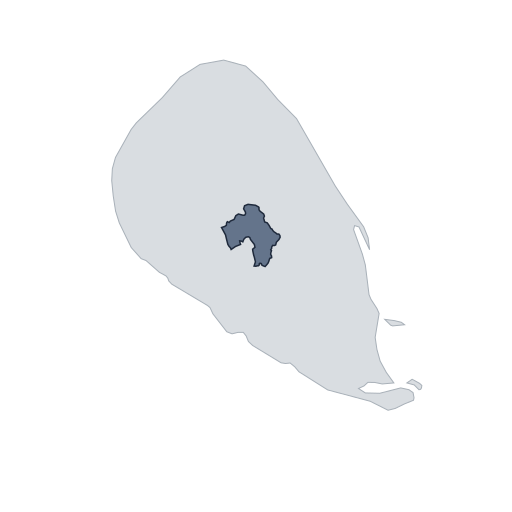 Sri Lanka, with Mātale highlighted, rotated 155°
{"feature_id": "LKA-2449", "entity_name": "Mātale", "entity_type": "District", "adm_level": 1, "iso_a3": "LKA", "parent_name": "Sri Lanka", "parent_adm1": "", "projection": "albers", "projection_center": [80.718, 7.7], "detail": "fine", "context": "in_parent", "style": "filled", "palette": "slate", "viewbox_px": 512, "rotation_deg": 155, "n_neighbors": 0, "source": "natural_earth", "source_scale": "10m", "svg_char_len": 2571}
<svg xmlns="http://www.w3.org/2000/svg" viewBox="0 0 512 512"><g transform="rotate(155 256 256)"><path d="M174.2,58.7L183.9,59.2L194.2,59.0L201.5,60.4L213.9,76.1L247.6,104.3L266.0,132.9L267.7,139.2L270.3,144.6L274.7,146.1L278.4,148.6L296.8,176.2L299.0,181.7L298.7,187.7L299.8,192.2L304.6,194.4L310.6,195.6L314.5,199.7L319.5,221.8L319.5,228.7L320.9,231.7L344.2,266.0L345.6,270.2L345.3,273.3L346.0,276.0L350.5,282.1L357.6,298.4L361.2,302.1L365.5,316.4L365.9,343.8L364.3,356.0L360.0,370.8L354.9,385.3L349.3,395.8L341.7,404.7L315.6,423.5L308.1,427.3L274.1,439.1L249.0,450.3L225.7,453.3L202.5,447.2L185.1,432.5L176.1,410.9L170.1,388.4L161.2,363.4L154.6,286.1L151.4,264.6L146.1,237.0L146.7,225.1L150.4,213.7L150.4,238.8L153.8,241.9L156.4,238.7L158.8,212.7L160.7,201.7L169.9,173.2L170.1,168.1L168.6,157.3L168.7,151.9L182.4,131.9L185.9,120.2L187.9,108.3L187.1,95.4L184.7,82.7L195.7,86.7L201.8,91.2L208.0,94.2L213.0,92.6L219.1,92.6L214.8,85.7L201.9,79.3L180.6,75.3L173.9,70.2L171.4,65.8L172.7,60.7L174.2,58.7ZM163.2,136.4L166.1,144.2L157.8,138.9L152.3,134.5L150.4,130.9L161.7,134.9L163.2,136.4ZM172.9,77.2L166.6,78.3L161.6,71.5L160.4,68.6L161.7,66.6L163.1,65.6L164.8,65.9L167.1,72.3L172.9,77.2Z" fill="#d9dde1" stroke="#a8b0b8" stroke-width="1"/><path d="M252.2,242.6L253.1,243.5L254.5,245.1L254.4,246.9L255.0,247.5L255.8,247.8L256.5,247.4L256.5,246.7L257.8,246.1L258.9,246.5L260.5,246.8L262.0,247.7L259.0,250.9L258.0,255.7L257.7,258.0L256.7,262.2L256.4,262.9L256.2,263.6L253.3,264.3L252.6,267.1L254.0,273.3L253.8,275.3L254.8,276.7L257.4,277.3L260.0,276.3L262.0,274.4L262.9,275.6L264.4,276.6L264.9,274.8L265.1,273.0L270.5,273.3L275.8,272.4L275.7,274.1L276.4,276.4L276.6,278.4L275.7,283.2L274.7,288.0L275.2,296.4L272.0,296.0L269.9,296.3L268.8,298.2L268.2,298.8L267.4,299.2L266.2,297.7L264.5,298.5L260.4,298.4L257.2,301.1L254.2,301.5L250.5,298.4L249.0,297.8L247.6,298.7L247.0,300.3L247.3,304.0L245.1,306.4L241.4,306.2L235.0,302.2L232.9,299.3L232.9,298.2L233.5,297.5L233.7,296.2L233.4,294.9L232.9,293.9L232.3,292.8L231.3,290.8L231.5,288.6L233.0,287.3L233.3,286.5L233.3,285.5L233.6,284.3L233.7,283.1L231.8,281.3L231.2,278.1L231.0,274.7L230.4,274.0L230.1,273.7L230.0,272.0L229.4,270.2L228.3,268.5L227.6,266.9L226.9,266.7L226.0,266.2L225.7,264.4L226.2,262.8L228.3,261.2L231.7,259.9L233.5,257.7L235.2,257.8L236.4,258.6L237.9,257.6L238.6,256.3L239.3,255.8L240.0,255.5L239.9,254.7L239.7,254.3L241.0,252.9L242.0,251.4L241.9,249.5L242.5,247.9L243.5,247.9L244.3,248.1L244.9,247.7L246.8,245.6L248.2,244.4L250.1,243.5L252.2,242.6Z" fill="#64748b" stroke="#1e293b" stroke-width="1.5"/></g></svg>